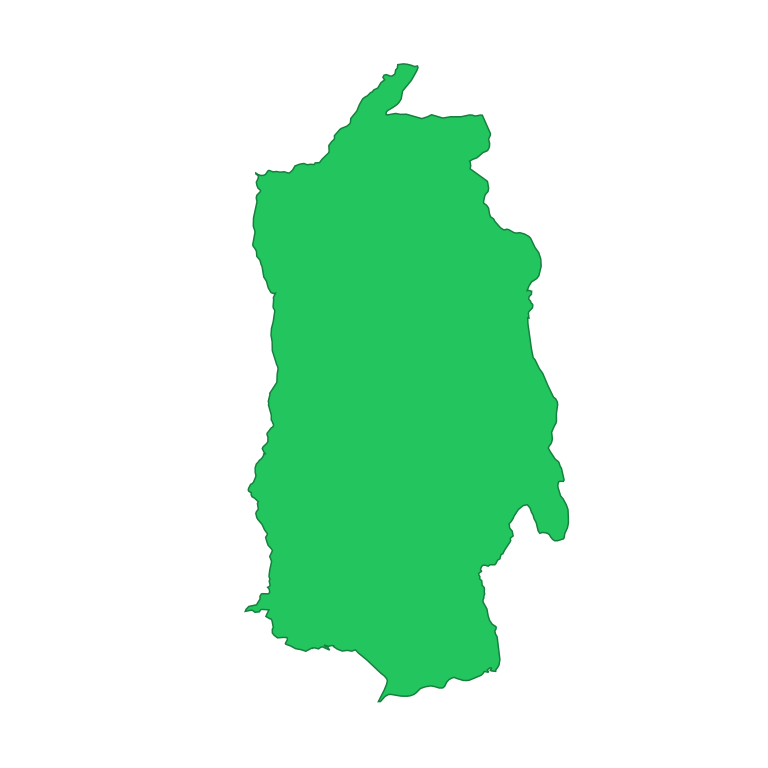 outline of Sibaté, Cundinamarca, Colombia, rotated 170°
{"feature_id": "7082276B14129572791047", "entity_name": "Sibaté", "entity_type": "district", "adm_level": 2, "iso_a3": "COL", "parent_name": "Colombia", "parent_adm1": "Cundinamarca", "projection": "mercator", "projection_center": [-74.26, 4.462], "detail": "fine", "context": "isolated", "style": "filled", "palette": "green", "viewbox_px": 768, "rotation_deg": 170, "n_neighbors": 0, "source": "geoboundaries", "source_scale": "gbopen_adm2", "svg_char_len": 6112}
<svg xmlns="http://www.w3.org/2000/svg" viewBox="0 0 768 768"><g transform="rotate(170 384 384)"><path d="M473.6,614.0L473.8,613.3L472.1,611.4L471.6,610.2L472.3,608.3L474.7,604.9L474.7,601.7L474.0,598.6L472.3,596.7L472.0,595.7L472.7,594.7L476.5,591.9L477.2,590.3L477.5,589.3L477.4,585.6L483.7,570.1L485.3,562.2L484.6,557.2L484.7,555.8L489.1,543.9L488.9,542.4L487.5,539.7L486.6,536.9L487.1,531.8L484.7,527.6L484.3,523.2L483.7,520.8L483.8,510.2L481.9,505.6L481.3,498.8L479.4,493.6L476.8,492.2L475.1,492.3L477.9,488.4L478.1,486.0L479.8,479.4L479.7,477.6L478.9,476.2L479.1,474.2L482.4,464.3L485.2,458.2L486.8,451.6L486.8,445.1L488.2,436.3L486.3,421.6L485.7,419.7L485.6,417.6L487.5,412.2L489.2,404.3L498.2,394.6L498.1,393.6L500.9,387.2L500.9,384.7L501.4,383.5L500.4,372.9L501.3,368.0L500.6,366.8L500.4,364.9L499.9,364.2L500.1,362.1L501.2,360.9L502.8,360.3L507.8,355.6L508.0,354.2L507.5,351.9L508.3,347.7L509.6,346.0L514.0,343.1L515.1,341.5L514.1,337.9L513.0,336.0L514.7,336.0L514.8,334.9L516.5,332.8L518.0,331.5L520.1,330.4L521.4,329.0L523.6,327.4L525.4,323.9L526.2,319.3L526.0,316.2L526.5,314.8L529.6,309.9L531.5,308.6L532.8,308.3L535.5,304.7L536.1,303.1L535.8,301.9L533.5,299.8L534.1,298.0L533.5,295.8L531.3,294.1L528.2,289.8L529.4,288.4L529.5,282.6L531.9,280.3L532.7,278.8L532.5,274.6L531.8,272.6L528.5,266.9L527.0,261.2L524.9,256.9L525.2,255.7L527.2,253.6L526.8,249.3L526.1,245.2L523.7,241.5L522.8,239.3L526.5,234.0L525.5,228.8L528.8,220.7L530.4,215.5L530.6,214.4L530.3,211.2L531.3,209.9L531.1,205.5L532.1,204.5L533.9,204.0L532.7,202.0L532.7,198.9L533.7,197.7L535.0,197.5L540.0,198.6L541.3,198.5L543.0,196.5L543.4,193.8L547.9,188.7L555.8,188.4L559.0,186.0L560.1,184.2L553.8,184.3L552.7,183.8L550.7,181.6L546.3,181.3L544.8,183.1L543.4,183.2L536.6,181.6L540.7,175.6L537.2,172.6L536.3,172.5L535.4,170.5L535.3,163.4L536.6,161.8L537.2,158.2L535.9,155.7L533.0,152.5L527.0,151.9L523.8,151.2L523.4,150.0L523.6,148.9L526.1,145.8L526.0,144.9L521.6,142.3L517.0,138.7L511.9,136.8L507.4,134.4L500.7,136.5L500.3,136.5L500.3,136.1L498.6,136.4L494.4,134.5L492.0,135.7L490.4,135.9L484.2,131.7L483.9,132.1L484.4,132.6L485.1,135.0L486.4,135.2L487.6,136.2L488.0,136.8L487.6,137.1L484.6,135.3L481.1,135.5L479.3,135.1L478.9,134.8L479.2,134.1L476.0,131.0L471.6,128.3L466.3,128.0L462.0,126.5L459.0,127.1L458.1,126.9L455.8,123.3L448.8,115.2L437.6,100.1L434.2,96.2L432.5,93.2L432.2,91.2L433.7,87.7L436.9,82.6L444.7,72.2L442.6,71.9L437.3,76.1L433.8,77.4L431.0,77.1L421.2,73.6L415.1,72.5L412.4,72.4L408.4,73.1L406.0,74.3L401.0,77.8L396.3,78.6L390.5,78.6L386.8,77.3L382.3,75.0L378.9,74.5L376.8,75.7L374.1,79.4L371.5,81.5L368.1,82.7L365.5,82.8L364.1,81.7L357.4,78.3L353.4,77.5L351.3,77.5L338.9,80.3L336.8,81.6L335.2,83.5L331.5,82.1L331.1,82.6L332.0,84.5L329.4,85.9L328.4,86.0L327.7,85.8L327.7,84.9L329.1,83.8L328.1,82.8L323.9,81.6L323.4,83.2L321.3,85.1L319.5,87.4L317.7,92.6L316.5,115.2L317.6,118.5L317.8,120.9L317.6,121.7L316.4,123.0L315.8,124.6L315.9,125.6L319.1,128.6L321.1,133.0L321.7,137.9L321.7,144.5L324.3,152.1L324.0,154.1L322.9,155.8L322.4,158.0L321.3,159.8L321.4,161.9L320.7,164.5L320.7,166.2L322.3,168.8L321.9,173.2L323.6,175.6L323.0,177.8L323.7,179.2L323.7,180.6L322.7,181.7L320.6,182.4L320.5,183.0L321.2,184.1L320.6,185.8L319.4,187.5L318.0,188.3L315.7,187.9L313.1,186.5L310.9,187.6L306.3,186.7L305.0,187.7L302.7,190.8L300.2,191.7L298.7,195.2L297.5,196.1L296.5,196.1L294.2,199.3L287.0,206.9L286.4,207.9L286.5,209.6L285.8,210.6L283.2,211.9L283.3,216.9L285.2,220.2L285.1,224.6L282.7,226.4L280.3,229.0L278.8,231.4L273.5,237.0L268.0,240.1L263.8,240.2L261.7,236.5L261.0,231.9L260.0,229.4L259.6,225.3L258.2,221.0L257.7,212.7L256.5,209.9L254.0,210.3L250.9,209.5L248.8,208.4L247.2,206.7L246.4,204.3L245.0,201.8L243.3,200.1L240.6,199.5L234.3,200.3L233.3,201.3L232.0,205.2L228.3,210.6L226.5,215.1L225.6,220.6L224.6,228.4L225.4,233.2L227.6,239.9L229.5,243.0L230.6,252.0L230.4,254.2L229.0,257.4L227.7,257.6L224.2,257.0L223.3,258.2L223.9,270.2L224.9,272.8L225.2,275.8L225.8,277.3L228.4,280.2L232.2,289.0L233.3,292.5L231.9,294.4L230.1,296.0L228.9,297.8L227.7,300.6L227.3,307.3L223.5,313.1L221.4,315.6L220.6,317.4L219.4,324.8L216.6,333.4L216.4,336.2L217.6,339.7L219.4,341.7L223.1,354.9L225.8,366.8L228.4,372.3L231.0,381.5L232.5,384.1L232.7,393.0L231.8,418.2L231.0,424.2L229.8,423.7L229.6,428.0L229.1,429.8L224.6,433.2L223.7,435.9L224.3,437.5L225.2,438.5L225.2,440.0L226.8,442.5L225.9,444.9L223.3,446.7L222.5,449.7L225.3,451.1L226.9,451.1L224.1,455.5L221.0,458.9L215.3,461.3L212.7,463.7L208.8,472.6L207.9,479.8L208.8,486.4L211.6,492.3L214.3,502.1L215.7,504.2L219.7,507.4L223.9,509.4L227.7,509.7L229.7,510.5L234.6,514.5L236.6,515.2L238.0,514.8L239.7,515.3L242.3,517.8L246.6,524.9L247.4,527.6L250.0,530.1L250.5,532.7L250.5,539.1L252.0,542.3L254.4,544.7L254.3,546.3L252.1,551.7L251.2,553.1L248.2,555.4L247.0,558.3L246.9,564.9L247.1,565.8L261.8,581.0L260.7,583.8L260.6,587.8L261.0,588.6L257.7,589.8L253.3,590.6L246.3,594.7L242.0,595.7L240.6,596.8L239.0,599.3L238.2,602.5L238.5,606.9L236.0,610.7L235.7,612.2L240.5,631.6L242.3,632.1L247.7,632.0L250.4,633.5L253.0,634.1L261.8,633.8L271.9,635.6L279.9,635.7L290.4,640.9L294.8,639.6L300.7,638.8L315.1,645.8L321.1,646.7L325.5,648.4L334.0,648.4L335.1,649.0L334.6,651.3L333.0,652.6L326.8,655.0L322.7,656.9L320.4,658.6L317.6,661.7L314.8,669.3L304.3,678.3L297.3,686.8L295.6,689.7L295.8,691.4L298.7,691.3L301.7,693.1L305.5,694.8L309.4,695.9L315.0,696.1L316.1,692.6L318.0,691.3L319.2,687.9L319.9,687.1L322.5,686.0L324.0,686.0L328.0,688.3L330.4,688.1L331.8,686.2L330.6,683.4L334.7,681.3L338.8,676.5L343.0,675.4L344.9,673.7L346.8,673.2L350.1,670.8L353.5,669.6L355.5,668.5L359.7,663.4L363.4,657.5L370.6,651.3L371.6,647.6L372.5,646.2L375.9,644.3L381.7,643.1L383.2,642.4L389.2,637.6L389.8,637.0L390.0,634.9L390.7,633.5L393.4,631.8L396.9,628.5L397.6,622.8L398.2,621.4L406.0,616.1L409.1,613.2L413.4,613.7L414.2,612.6L415.0,612.3L418.3,613.2L421.5,613.2L424.6,615.1L428.9,615.1L433.8,614.2L437.0,610.4L440.5,608.2L442.1,608.6L445.3,610.3L449.7,610.7L452.8,611.9L456.5,612.2L460.1,614.3L461.2,614.1L464.4,610.9L466.4,610.4L469.3,610.8L471.8,612.3L473.6,614.0Z" fill="#22c55e" stroke="#15803d" stroke-width="1.5"/></g></svg>